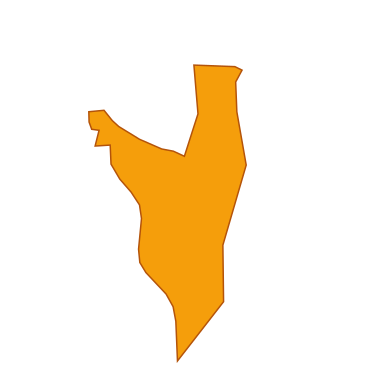 the Municipality of Lendava, rotated 53°
{"feature_id": "SVN-264", "entity_name": "Lendava", "entity_type": "Municipality", "adm_level": 1, "iso_a3": "SVN", "parent_name": "Slovenia", "parent_adm1": "", "projection": "robinson", "projection_center": [16.393, 46.569], "detail": "fine", "context": "isolated", "style": "filled", "palette": "amber", "viewbox_px": 384, "rotation_deg": 53, "n_neighbors": 0, "source": "natural_earth", "source_scale": "10m", "svg_char_len": 610}
<svg xmlns="http://www.w3.org/2000/svg" viewBox="0 0 384 384"><g transform="rotate(53 192 192)"><path d="M124.8,78.7L130.4,90.9L154.9,107.9L203.1,132.5L253.0,199.3L298.6,232.8L318.2,305.3L285.5,282.7L272.2,276.1L257.9,274.1L228.6,277.3L216.9,276.1L205.5,269.1L182.8,248.3L170.7,241.7L155.4,240.7L138.2,241.9L121.0,239.9L105.3,229.1L97.0,241.7L96.4,241.0L86.8,229.1L81.5,234.4L80.7,234.1L74.2,232.1L65.8,226.1L73.8,213.1L87.0,212.7L95.6,211.1L118.3,202.2L139.4,190.3L148.2,182.3L158.9,176.6L133.2,140.2L91.8,114.1L117.7,82.3L124.4,78.9L124.8,78.7Z" fill="#f59e0b" stroke="#b45309" stroke-width="1.5"/></g></svg>